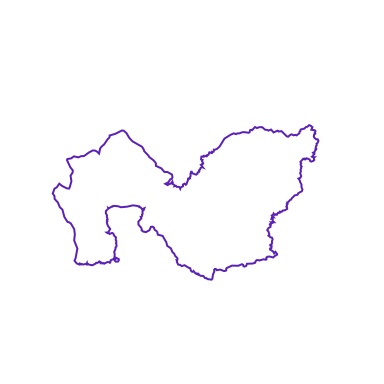 the district of Minahasa Selatan, Sulawesi Utara, Indonesia, rotated 233°
{"feature_id": "22746128B98133955192071", "entity_name": "Minahasa Selatan", "entity_type": "district", "adm_level": 2, "iso_a3": "IDN", "parent_name": "Indonesia", "parent_adm1": "Sulawesi Utara", "projection": "mercator", "projection_center": [124.506, 1.071], "detail": "fine", "context": "isolated", "style": "outline", "palette": "violet", "viewbox_px": 384, "rotation_deg": 233, "n_neighbors": 0, "source": "geoboundaries", "source_scale": "gbopen_adm2", "svg_char_len": 6072}
<svg xmlns="http://www.w3.org/2000/svg" viewBox="0 0 384 384"><g transform="rotate(233 192 192)"><path d="M150.1,312.9L151.5,317.2L152.3,317.3L152.4,316.9L153.9,318.5L154.4,319.9L155.6,320.5L155.7,322.0L156.7,323.7L158.4,324.1L159.3,322.9L161.3,322.4L162.9,322.6L164.3,324.0L164.4,325.5L165.3,325.5L166.2,327.2L167.4,327.2L169.9,324.8L171.3,327.2L173.6,326.6L174.9,325.8L174.7,323.5L175.3,322.0L175.0,319.9L176.4,316.7L176.2,315.8L175.5,315.4L175.4,314.2L174.3,313.1L174.3,309.6L175.5,308.8L176.1,307.3L178.1,306.2L178.5,305.0L178.3,302.0L179.5,301.2L186.7,300.1L188.2,297.6L189.4,297.4L190.5,293.0L194.3,292.7L195.0,290.0L196.1,289.6L197.7,287.9L201.5,287.1L203.4,284.5L204.0,282.3L206.0,281.4L205.2,277.2L206.1,276.6L206.4,275.5L205.1,274.0L205.2,272.9L208.6,269.5L209.6,267.8L210.3,265.1L211.4,263.7L211.7,262.0L213.7,260.7L214.5,257.3L215.1,250.1L211.7,241.4L211.4,237.9L212.1,235.3L212.6,234.9L211.2,233.6L211.6,232.4L211.3,231.8L212.0,231.7L211.5,231.0L213.2,229.7L211.9,227.7L212.3,226.4L211.8,226.0L211.7,225.2L212.5,225.0L213.1,222.8L213.8,223.0L213.8,222.0L214.6,220.8L212.7,218.9L211.9,218.9L211.3,219.6L210.5,218.6L208.7,218.3L208.4,217.4L208.0,217.7L207.8,217.2L208.3,215.5L205.1,215.5L205.8,215.1L206.0,213.3L205.1,211.7L205.1,210.6L204.2,210.4L203.8,209.7L204.2,208.2L203.3,207.4L203.4,205.7L206.8,203.5L208.3,204.0L208.7,203.6L207.5,201.8L205.4,200.3L204.9,198.7L204.1,198.6L204.1,197.9L205.0,196.9L203.9,195.9L201.5,192.0L201.5,191.4L203.1,191.1L203.4,189.3L202.0,188.2L202.5,185.8L201.7,184.6L202.9,184.9L204.0,184.6L205.2,183.0L206.5,182.9L207.1,181.6L207.4,182.3L210.5,181.3L210.9,182.2L212.2,182.6L211.4,180.2L212.0,179.0L212.2,176.7L214.6,175.6L214.0,179.0L215.2,182.2L214.7,184.1L215.7,185.4L218.0,186.5L222.6,184.5L224.7,182.0L229.4,181.7L234.6,178.9L236.4,180.3L237.8,180.5L240.6,180.3L245.6,178.9L247.5,179.1L253.3,178.4L255.3,179.1L258.2,179.3L268.4,174.9L273.1,174.5L278.6,175.1L282.1,174.3L283.3,173.1L284.6,165.8L286.7,160.2L285.7,159.5L285.2,158.5L284.9,156.3L282.9,150.5L282.7,147.2L282.0,144.8L278.6,140.9L281.6,140.4L283.5,139.4L284.9,137.8L285.6,133.4L285.7,127.4L287.4,124.9L288.1,122.0L291.5,119.2L291.6,115.7L293.3,112.3L292.8,111.4L285.0,109.7L281.0,109.8L279.4,108.4L278.1,104.8L273.2,102.2L269.5,97.4L268.7,95.9L270.3,94.2L275.0,91.9L278.5,91.0L277.1,86.7L277.4,84.2L274.6,79.9L271.5,79.7L269.1,78.1L264.4,78.6L259.5,77.3L255.9,77.9L249.0,75.1L246.2,74.8L243.0,74.6L241.8,75.6L239.8,76.3L233.3,75.6L228.6,72.9L224.3,68.8L215.8,66.4L209.2,59.2L207.8,56.8L204.2,57.0L202.0,58.4L202.0,58.0L201.5,58.9L202.1,59.4L201.0,59.9L201.2,60.3L199.5,61.6L198.4,64.0L197.6,64.4L197.7,64.9L198.1,64.9L198.4,65.4L197.2,64.9L197.2,65.6L195.8,66.2L193.5,68.3L192.8,72.3L193.1,72.8L192.2,74.1L192.3,75.8L190.9,76.1L191.6,76.5L188.5,77.9L188.4,78.7L187.6,78.8L187.0,82.2L185.9,83.5L184.9,83.8L184.9,84.3L186.4,86.0L185.7,88.8L186.2,91.3L186.9,91.1L189.0,93.0L190.9,93.7L192.5,96.5L193.8,97.6L194.0,98.9L195.3,100.0L196.9,100.4L197.1,101.1L198.5,102.1L199.8,102.3L201.6,104.0L203.9,103.5L206.2,104.1L207.4,103.6L208.0,101.1L208.5,101.2L209.9,99.8L211.0,99.5L210.2,100.9L211.7,104.4L215.9,104.5L219.1,105.7L219.2,105.3L219.3,106.6L219.7,106.9L220.2,107.2L221.3,106.6L220.7,107.5L220.9,108.1L223.5,109.1L224.4,110.0L227.1,110.5L228.6,111.8L229.1,115.3L229.6,115.5L229.0,115.7L228.7,118.6L228.2,119.6L228.5,119.9L227.9,121.3L225.4,124.1L222.5,126.2L219.2,131.6L216.9,136.8L213.5,140.2L212.2,140.7L213.0,141.6L211.8,140.9L210.6,141.7L208.3,141.8L207.7,144.2L206.6,142.4L206.7,141.1L204.2,139.3L204.1,138.6L203.0,137.8L202.5,136.4L202.8,136.1L201.4,135.6L200.6,131.3L198.1,129.6L194.1,129.9L192.4,129.4L191.8,128.7L190.0,129.1L187.7,131.0L187.1,135.0L188.9,138.2L188.0,139.7L186.7,140.1L186.9,140.7L186.2,139.9L184.1,139.5L181.3,140.4L181.2,140.9L181.2,140.3L178.5,139.0L174.7,142.1L167.2,141.2L163.9,139.8L159.8,141.2L155.5,140.2L153.4,140.7L151.4,140.1L148.1,140.5L147.1,140.0L146.5,139.2L146.8,138.7L145.9,138.6L145.4,137.9L142.3,137.3L141.0,138.6L139.0,139.2L138.0,142.0L134.0,143.5L132.2,144.7L129.8,143.8L128.4,144.0L127.8,144.6L128.0,145.7L125.1,145.8L123.3,146.7L123.7,147.1L123.4,147.3L122.9,147.5L122.9,146.9L122.3,147.3L122.4,147.8L121.7,147.6L119.7,148.6L118.2,150.5L115.4,150.6L114.5,151.7L113.1,152.0L110.2,154.9L110.6,156.2L113.4,159.0L115.1,162.0L116.5,162.8L116.8,164.0L116.2,164.7L114.7,164.7L113.0,167.9L109.7,169.9L109.2,170.6L108.8,172.1L110.1,173.1L110.4,174.0L109.1,179.7L105.2,184.6L104.3,188.4L103.1,189.0L101.7,188.4L100.8,189.1L100.4,190.9L101.6,192.7L98.3,197.5L97.5,199.9L98.2,200.6L98.7,202.5L98.0,203.7L96.7,204.7L95.3,208.5L93.4,210.3L93.5,211.1L94.7,211.6L95.0,213.1L93.7,215.2L90.9,217.4L91.1,219.8L90.7,221.9L91.1,222.6L94.0,222.6L93.6,220.7L95.7,221.0L99.1,219.7L99.9,220.4L99.4,221.6L101.0,223.1L101.9,222.3L102.6,222.5L102.4,224.0L103.1,225.3L104.5,226.1L105.6,227.8L107.3,228.4L109.0,227.2L110.0,227.3L111.1,226.8L111.3,228.0L114.4,229.3L116.2,229.1L117.2,231.2L116.9,233.6L118.1,234.9L118.9,234.5L119.4,234.7L119.0,237.2L120.2,237.0L118.5,239.3L120.3,239.0L121.8,240.2L122.7,239.2L123.8,240.8L122.8,241.9L125.2,241.7L125.0,243.0L125.7,244.2L123.8,244.2L123.8,245.6L122.8,246.0L123.6,248.1L122.9,249.0L123.3,249.8L122.7,249.8L122.5,250.3L122.9,251.0L122.2,252.1L122.6,253.2L121.6,255.0L121.2,257.8L122.7,258.8L123.5,258.5L124.2,259.9L125.3,260.4L125.0,261.2L126.3,261.7L126.0,262.2L126.6,265.8L126.3,266.5L126.9,267.8L127.5,271.9L126.3,274.6L127.1,276.1L126.5,280.2L127.6,281.8L129.9,282.3L132.0,283.9L135.0,284.4L136.2,285.0L138.7,285.1L138.1,287.0L138.9,288.7L142.1,289.8L143.0,291.5L144.5,292.1L145.2,293.5L146.1,293.9L146.3,294.9L147.9,295.0L148.9,295.5L149.1,296.4L150.8,296.7L151.6,300.8L151.1,301.0L151.1,301.7L150.2,301.7L149.7,302.3L149.8,302.9L150.1,302.9L150.0,303.8L147.3,305.5L145.4,305.0L144.5,305.6L143.9,307.5L144.0,308.9L146.1,309.8L146.1,310.7L147.2,309.4L148.0,309.1L147.9,310.4L148.9,311.7L148.5,312.4L149.0,312.9L149.3,312.4L150.4,312.4L150.1,312.9ZM182.4,93.1L184.6,92.1L184.5,89.6L183.9,89.0L182.3,89.2L181.0,91.0L181.4,92.3L182.4,93.1Z" fill="none" stroke="#5b21b6" stroke-width="2"/></g></svg>